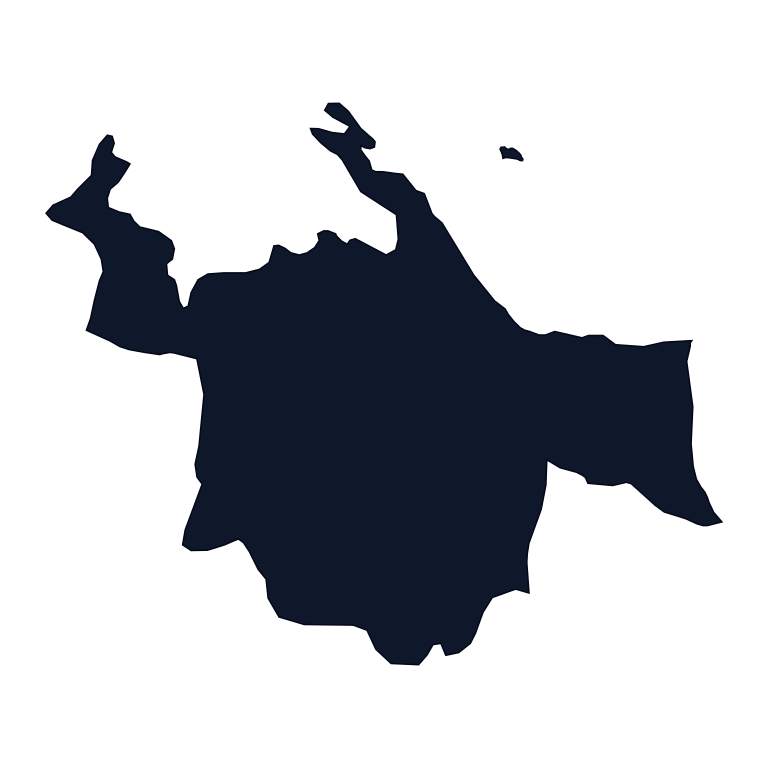 Ngöbe Buglé, Natural Earth projection
{"feature_id": "PAN-3454", "entity_name": "Ngöbe Buglé", "entity_type": "Indigenous Territory", "adm_level": 1, "iso_a3": "PAN", "parent_name": "Panama", "parent_adm1": "", "projection": "natural_earth1", "projection_center": [-81.839, 8.721], "detail": "fine", "context": "isolated", "style": "filled", "palette": "ink", "viewbox_px": 768, "rotation_deg": 0, "n_neighbors": 0, "source": "natural_earth", "source_scale": "10m", "svg_char_len": 2877}
<svg xmlns="http://www.w3.org/2000/svg" viewBox="0 0 768 768"><path d="M274.0,245.9L278.7,245.3L285.3,248.5L290.8,252.8L299.3,255.0L307.0,252.9L314.7,247.6L319.2,240.6L317.7,233.8L323.6,230.9L328.2,230.9L335.6,233.8L336.6,236.1L341.7,241.2L347.3,244.2L350.0,240.2L355.3,238.7L386.2,255.0L395.7,249.8L398.3,239.2L396.4,214.7L360.8,191.6L342.2,159.8L337.4,154.4L330.5,150.9L320.8,142.8L312.6,134.1L310.5,128.5L318.6,128.7L331.9,132.5L344.4,133.9L350.0,126.4L332.9,117.2L324.7,110.3L328.4,103.5L339.2,103.3L348.3,111.2L360.8,128.5L372.9,139.1L375.1,141.8L374.4,147.1L370.1,148.7L364.7,147.7L360.8,145.6L360.8,149.8L365.0,155.8L369.2,161.0L371.8,170.0L375.7,171.7L382.6,171.7L395.0,173.4L402.8,174.2L416.0,190.6L424.3,193.6L432.0,213.7L434.6,216.7L442.0,222.9L473.6,274.9L494.8,301.1L505.2,309.0L508.3,314.5L514.0,321.6L520.2,327.7L524.8,330.2L529.4,331.4L539.0,335.0L545.4,335.0L554.7,331.5L582.1,337.8L588.4,335.5L603.1,335.5L615.5,344.7L643.7,346.7L663.8,342.2L691.8,340.6L690.3,342.8L690.3,346.0L686.7,361.4L692.8,406.7L691.1,443.7L693.2,466.3L696.4,479.2L700.9,487.1L704.9,492.2L707.3,497.3L709.2,502.9L713.7,512.4L721.9,521.9L707.4,525.6L703.0,525.6L697.1,523.9L685.5,518.6L664.3,512.0L655.4,505.5L631.1,483.6L626.4,482.3L612.7,485.5L587.9,483.3L585.4,477.5L582.3,475.2L576.4,472.2L560.2,467.8L546.8,459.8L545.9,484.9L541.2,509.3L528.9,543.3L527.3,553.5L526.8,562.5L529.0,593.0L515.6,589.1L492.3,597.5L483.0,612.3L475.5,633.1L470.4,643.3L458.7,652.6L445.8,655.3L440.9,643.4L433.0,644.6L427.1,654.9L418.6,664.7L391.1,663.5L375.8,649.2L367.0,630.2L353.1,625.1L304.3,624.5L279.0,617.0L268.1,598.1L266.1,579.2L258.1,569.3L249.4,551.7L243.5,542.7L238.5,539.0L233.4,541.0L224.7,544.8L207.5,550.2L191.1,550.5L182.6,544.9L185.2,529.9L202.2,484.1L197.0,477.1L195.1,464.2L199.0,446.1L204.0,394.5L196.8,358.4L196.0,358.5L174.2,353.0L170.1,352.4L162.7,353.7L159.8,354.6L145.4,352.5L129.2,349.6L119.7,346.5L110.2,341.0L87.4,330.7L86.4,330.2L90.5,318.7L94.4,300.4L99.4,280.9L103.3,271.7L101.3,259.1L94.4,244.2L82.6,232.7L62.9,224.7L52.0,220.1L46.1,213.2L53.0,205.2L70.8,197.1L77.7,189.1L91.5,175.3L92.5,160.4L99.4,144.4L107.3,135.2L112.2,136.3L114.2,143.2L111.3,152.4L115.2,157.0L126.0,161.6L130.0,163.9L125.1,171.9L118.2,182.2L110.2,189.1L107.3,198.3L108.3,207.5L119.1,212.0L130.0,214.3L133.9,221.2L139.8,227.0L158.6,231.6L171.4,240.7L174.4,248.8L172.4,259.1L166.5,263.7L167.5,275.2L174.4,279.7L176.4,285.5L179.3,301.5L183.3,308.4L188.2,306.1L191.2,292.4L198.1,279.7L207.9,274.0L223.7,272.9L245.5,272.9L259.3,269.4L269.1,262.5L273.1,248.8L273.9,245.9L274.0,245.9ZM504.8,147.0L506.2,148.6L509.2,149.6L510.3,148.3L512.8,148.4L515.9,150.3L518.6,152.6L520.8,155.0L521.4,157.2L522.9,158.9L522.6,160.6L520.3,160.6L517.6,159.1L513.2,158.4L507.9,157.6L505.4,157.6L503.0,158.4L502.3,154.4L501.2,151.6L500.0,149.2L501.0,147.3L504.8,147.0Z" fill="#0f172a" stroke="#020617" stroke-width="1.5"/></svg>